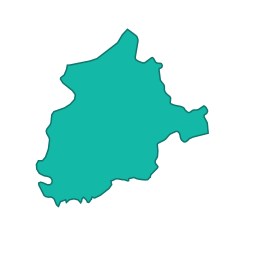 Viterbo, Natural Earth projection, rotated 106°
{"feature_id": "ITA-5423", "entity_name": "Viterbo", "entity_type": "Province", "adm_level": 1, "iso_a3": "ITA", "parent_name": "Italy", "parent_adm1": "", "projection": "natural_earth1", "projection_center": [11.993, 42.499], "detail": "fine", "context": "isolated", "style": "filled", "palette": "teal", "viewbox_px": 256, "rotation_deg": 106, "n_neighbors": 0, "source": "natural_earth", "source_scale": "10m", "svg_char_len": 2794}
<svg xmlns="http://www.w3.org/2000/svg" viewBox="0 0 256 256"><g transform="rotate(106 128 128)"><path d="M84.3,203.6L83.7,201.6L74.1,183.0L69.9,176.9L48.8,161.4L40.0,159.1L33.3,155.7L37.0,145.9L37.5,145.1L38.2,144.2L39.7,143.2L40.7,142.7L41.6,142.4L57.9,140.6L58.7,140.3L59.4,139.9L60.0,139.4L60.5,138.3L60.9,136.7L61.3,133.3L61.3,131.7L61.0,130.5L60.6,129.9L59.5,128.9L54.6,125.2L54.0,124.7L53.6,124.1L53.8,123.2L54.5,122.2L57.1,119.7L57.5,118.1L57.5,117.1L57.3,116.2L57.1,115.4L56.9,114.6L57.0,113.7L57.6,112.9L58.9,112.2L59.9,112.2L60.7,112.4L62.1,114.1L62.6,114.4L63.3,114.3L72.3,110.5L73.0,110.1L73.5,109.6L74.0,109.1L76.3,105.8L77.2,105.0L78.0,104.5L81.2,103.6L82.5,102.8L83.6,101.8L84.1,101.0L84.7,100.1L86.1,96.8L86.5,96.2L86.9,95.7L87.3,95.4L87.9,95.2L88.6,95.0L91.3,94.6L92.1,94.3L92.8,93.9L93.1,92.2L93.3,89.5L92.8,83.0L93.1,80.6L93.7,79.2L94.4,78.8L94.9,78.2L95.6,76.8L96.3,75.3L96.5,74.5L96.4,73.6L95.8,72.7L94.3,71.6L93.3,70.8L92.6,69.8L91.9,67.2L91.2,65.9L90.5,65.1L85.8,61.1L86.4,59.4L86.7,58.8L88.9,56.6L89.7,56.2L90.6,56.1L92.3,56.5L93.1,57.1L94.4,58.2L95.3,58.3L96.5,57.8L100.9,53.5L102.3,52.8L110.9,49.5L118.6,62.8L121.3,66.1L123.5,67.2L125.2,68.6L125.8,69.6L125.9,70.6L125.6,71.4L125.3,72.1L125.0,72.8L124.5,73.4L124.0,74.0L122.8,74.9L120.7,75.9L119.4,76.7L118.8,77.3L118.2,78.0L117.7,79.4L117.8,80.3L118.1,81.0L121.4,84.9L122.4,85.9L123.3,86.5L127.9,88.6L129.7,89.9L134.0,94.6L134.9,95.2L135.7,95.2L136.4,95.1L141.8,93.0L147.0,91.9L147.9,91.8L151.4,92.7L152.4,92.7L153.2,92.6L153.9,92.2L154.5,91.7L155.0,91.2L156.3,89.3L156.8,88.7L157.4,88.5L158.2,88.6L166.6,93.2L169.3,93.1L169.7,93.6L172.2,94.8L173.0,96.7L173.9,101.0L174.3,105.6L173.9,108.6L176.3,113.0L176.9,113.3L177.8,113.0L178.5,112.9L178.9,113.9L178.7,116.9L179.3,119.6L179.6,123.4L180.1,125.4L180.7,126.3L182.7,128.4L183.7,129.9L186.9,128.1L191.2,129.5L200.2,136.0L204.4,140.7L204.5,141.3L204.3,143.1L204.4,143.6L204.9,143.7L206.3,143.5L206.8,143.6L207.6,144.2L209.6,144.7L210.4,145.3L210.4,146.7L209.3,147.5L208.5,148.5L206.8,151.5L208.2,152.4L209.6,152.7L211.2,152.4L212.6,152.9L212.9,152.9L210.8,156.2L211.0,160.5L213.1,164.5L216.6,166.7L214.2,168.2L217.5,172.7L222.6,173.2L222.7,173.3L221.4,175.6L216.7,179.3L215.6,181.6L215.7,183.5L216.4,185.5L216.6,187.9L216.0,190.0L207.6,197.8L205.5,198.7L204.2,197.1L204.1,194.8L204.8,190.0L204.2,187.7L203.0,186.5L201.4,186.0L199.8,186.3L198.3,187.1L197.0,188.9L196.6,191.0L197.0,195.7L196.0,200.7L192.7,204.3L188.3,206.0L184.2,205.1L183.0,201.2L178.6,199.2L170.0,198.7L161.1,200.1L159.2,201.0L155.5,204.7L153.4,205.8L151.1,205.6L146.4,203.7L144.0,203.5L136.2,204.9L132.7,203.7L126.1,194.4L120.9,189.9L115.2,187.2L110.4,187.8L107.3,191.8L102.6,203.0L99.6,206.4L98.2,206.5L94.6,203.9L88.9,203.2L84.3,203.6Z" fill="#14b8a6" stroke="#0f766e" stroke-width="1.5"/></g></svg>